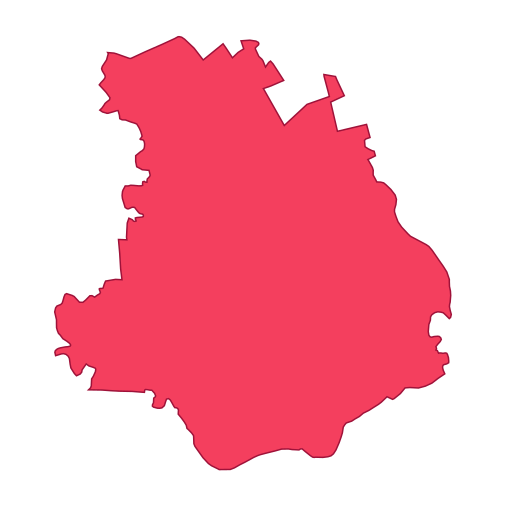 Vinh Yen, Vĩnh Phúc, Vietnam (Albers equal-area conic projection), rotated 93°
{"feature_id": "81297802B55955468315553", "entity_name": "Vinh Yen", "entity_type": "district", "adm_level": 2, "iso_a3": "VNM", "parent_name": "Vietnam", "parent_adm1": "Vĩnh Phúc", "projection": "albers", "projection_center": [105.597, 21.306], "detail": "fine", "context": "isolated", "style": "filled", "palette": "rose", "viewbox_px": 512, "rotation_deg": 93, "n_neighbors": 0, "source": "geoboundaries", "source_scale": "gbopen_adm2", "svg_char_len": 5167}
<svg xmlns="http://www.w3.org/2000/svg" viewBox="0 0 512 512"><g transform="rotate(93 256 256)"><path d="M363.8,61.3L360.4,63.0L357.9,63.8L356.1,63.8L355.0,63.2L354.8,63.0L353.7,59.8L352.5,58.0L350.9,58.0L347.4,58.5L344.2,59.7L343.1,60.5L342.9,62.0L343.2,63.2L343.4,64.3L343.2,66.0L343.2,67.8L343.5,68.6L340.9,70.0L340.5,71.4L338.8,70.9L337.1,71.6L334.6,69.9L331.8,67.6L329.7,66.6L328.1,67.2L326.8,68.7L326.6,70.2L327.1,74.0L327.9,76.4L327.6,77.9L326.1,79.2L322.5,80.0L315.3,79.8L311.1,78.5L307.6,78.5L305.4,77.3L303.2,74.5L302.2,71.5L302.4,68.4L302.9,66.0L304.8,63.7L308.4,59.7L307.2,58.5L304.2,57.9L299.9,59.3L296.4,60.2L294.1,60.1L291.9,59.7L285.2,59.5L280.8,60.0L276.2,61.2L271.6,61.6L269.3,61.7L262.0,64.6L256.3,68.6L256.2,68.7L250.2,73.4L241.1,80.4L237.4,83.9L235.7,86.7L228.2,102.8L225.7,105.7L219.5,112.1L214.4,116.0L209.2,118.3L204.7,120.0L202.1,120.1L197.4,119.0L192.1,118.7L187.9,120.2L182.5,124.8L178.1,129.9L176.3,132.3L175.7,135.3L175.7,139.3L173.8,140.3L169.1,143.2L166.1,143.4L164.3,143.4L161.5,144.4L153.9,149.2L153.8,149.3L149.7,142.0L145.2,143.5L144.7,145.7L143.1,149.5L141.2,152.8L134.8,153.7L133.3,152.3L131.7,148.3L118.8,152.5L127.2,181.2L98.4,189.5L91.3,176.2L75.8,184.5L72.6,186.0L71.2,197.7L73.1,197.4L89.8,192.0L92.9,191.1L101.9,213.0L124.2,234.6L88.4,257.4L85.4,250.0L79.2,237.5L63.3,249.0L60.6,251.7L62.0,253.4L66.8,256.4L60.6,259.3L59.1,260.5L56.6,263.6L49.4,267.4L48.1,267.5L44.9,264.5L43.7,264.3L42.6,264.8L41.4,267.3L40.8,273.4L41.5,279.0L41.9,282.2L49.8,279.1L51.8,282.0L53.6,284.5L59.3,289.9L49.9,296.8L45.8,300.0L63.0,319.0L51.7,328.7L43.2,338.7L41.4,341.7L41.0,343.9L41.1,345.3L43.2,348.7L49.6,360.9L57.9,377.4L65.2,391.2L65.3,392.7L61.8,404.5L61.4,405.8L60.8,408.5L60.6,414.8L61.7,414.1L63.8,414.6L68.0,415.5L74.7,419.4L77.1,420.0L79.1,419.2L83.3,416.4L84.5,416.0L85.9,416.1L87.9,417.3L91.1,420.0L93.3,421.5L100.6,414.1L105.6,410.1L107.6,410.4L110.1,413.3L111.6,414.8L113.3,415.7L116.3,417.6L118.5,419.6L120.2,416.8L121.1,413.0L121.3,412.4L121.2,411.2L119.5,406.2L118.2,402.7L118.0,401.3L122.5,399.8L126.0,399.2L127.0,396.9L127.0,393.4L128.7,388.1L129.7,384.1L130.5,381.9L134.0,379.5L137.7,377.6L142.3,376.0L144.4,377.2L145.3,377.9L145.8,377.2L145.8,375.5L146.4,374.5L147.4,373.7L150.0,373.1L152.5,373.1L154.7,373.4L156.7,375.0L157.9,376.8L162.1,381.4L168.0,381.1L173.1,379.8L175.0,375.7L175.8,374.2L176.0,369.4L176.1,367.3L180.8,365.9L182.2,366.4L184.8,368.6L186.8,368.8L188.1,368.8L188.0,370.4L187.3,371.5L187.8,372.9L189.4,373.1L191.3,372.9L191.9,374.2L192.1,376.8L191.9,381.9L191.9,384.8L192.7,387.2L192.9,390.3L194.7,391.1L197.0,392.2L198.7,392.7L202.5,392.9L205.6,392.4L214.4,389.2L215.6,387.1L215.6,385.8L214.8,384.2L213.9,382.5L213.7,381.2L213.9,379.7L215.6,378.3L218.2,376.0L219.5,374.6L220.0,372.8L220.0,372.0L220.4,371.1L221.4,370.6L222.5,370.6L223.1,371.9L223.5,374.8L223.8,376.9L224.3,378.5L225.9,378.3L226.5,377.7L227.3,377.5L227.8,378.8L227.6,380.1L226.2,381.5L224.9,384.9L229.8,386.3L243.9,386.3L246.6,385.8L246.7,394.2L260.8,392.2L276.0,390.5L286.7,388.6L286.7,395.1L288.9,404.9L291.6,405.9L292.6,406.2L294.6,406.7L296.0,407.0L296.4,407.9L296.5,409.4L296.8,410.7L297.8,410.7L300.3,409.5L301.8,410.0L303.3,412.3L305.5,415.0L304.2,417.7L304.4,419.8L308.9,423.8L311.3,426.4L311.4,429.9L307.5,433.9L306.0,435.4L305.0,437.5L303.5,443.2L304.4,444.7L306.9,445.6L310.6,446.4L313.2,447.1L314.7,448.5L315.4,450.1L316.4,452.2L318.3,453.4L322.4,454.1L330.1,451.9L333.7,451.7L338.1,451.4L341.0,450.4L343.6,449.2L345.2,447.4L348.7,444.5L350.9,440.6L352.9,437.7L354.2,436.6L355.1,436.5L355.8,437.0L356.4,439.1L356.8,441.8L358.0,446.7L358.7,448.6L359.8,450.3L361.2,451.5L362.8,451.8L366.0,450.9L363.9,445.0L363.6,443.0L364.2,440.5L365.9,438.3L368.1,437.0L373.9,435.9L377.5,435.0L382.9,431.2L385.0,429.0L384.9,428.8L383.1,425.4L381.2,424.0L378.8,423.7L372.7,419.9L374.5,417.2L375.7,412.7L376.5,410.6L377.4,410.1L379.9,410.3L384.5,412.1L387.3,413.7L394.5,413.7L396.6,414.5L398.4,416.2L397.9,402.7L398.1,393.8L398.1,385.3L397.7,372.6L397.9,365.0L398.0,360.3L395.7,360.1L395.1,359.3L395.2,357.1L395.5,355.0L395.5,353.0L398.4,350.1L401.0,348.9L401.9,349.2L403.3,350.7L407.9,350.7L410.0,351.6L411.4,351.6L412.3,350.4L413.1,346.6L413.1,344.3L412.6,342.0L410.3,339.7L405.6,338.5L403.6,337.9L403.0,335.9L404.2,334.1L406.8,332.4L410.5,330.1L411.7,329.1L411.7,327.5L412.5,326.1L413.8,325.4L418.0,325.4L421.8,321.9L425.5,318.9L428.6,316.8L431.8,315.9L432.7,314.7L436.1,311.0L438.6,309.0L439.9,308.8L446.7,308.2L449.3,307.0L460.3,298.3L465.7,292.7L467.8,289.4L470.6,282.8L471.2,281.6L470.5,270.5L468.7,266.5L465.3,261.2L462.4,256.1L457.2,247.7L455.2,243.8L454.1,241.1L452.5,236.1L449.7,226.9L447.5,220.4L447.0,213.5L447.4,209.9L447.4,202.9L446.4,201.6L446.2,199.8L448.7,196.6L452.7,191.0L453.9,188.9L454.1,187.4L453.8,186.0L453.6,178.6L452.7,173.6L451.6,170.6L449.5,168.3L445.5,166.0L438.0,163.2L432.2,161.5L428.1,160.5L422.3,159.9L419.8,158.5L418.0,157.1L415.9,151.8L413.6,148.7L410.8,144.3L407.3,140.6L404.1,134.9L401.0,130.6L397.7,125.9L395.4,123.2L389.7,117.8L392.0,112.1L391.2,110.6L385.8,104.6L379.9,100.2L379.3,95.5L379.3,86.8L377.1,80.1L373.7,73.6L368.7,67.8L363.8,61.3Z" fill="#f43f5e" stroke="#9f1239" stroke-width="1.5"/></g></svg>